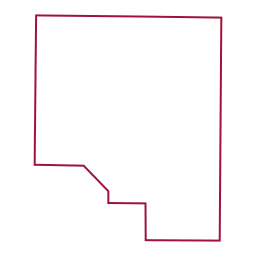 outline of Capital, La Pampa, Argentina
{"feature_id": "61730980B66206062383215", "entity_name": "Capital", "entity_type": "district", "adm_level": 2, "iso_a3": "ARG", "parent_name": "Argentina", "parent_adm1": "La Pampa", "projection": "albers", "projection_center": [-64.236, -36.533], "detail": "fine", "context": "isolated", "style": "outline", "palette": "rose", "viewbox_px": 256, "rotation_deg": 0, "n_neighbors": 0, "source": "geoboundaries", "source_scale": "gbopen_adm2", "svg_char_len": 495}
<svg xmlns="http://www.w3.org/2000/svg" viewBox="0 0 256 256"><path d="M36.2,15.4L36.1,16.3L35.9,38.7L35.5,74.2L35.5,77.7L35.2,109.1L35.0,130.7L34.9,135.2L34.7,164.8L37.5,164.8L83.8,165.7L84.1,166.1L94.0,176.4L94.2,176.5L108.3,191.2L108.4,193.1L108.3,203.0L109.6,203.0L145.5,203.4L145.5,203.8L145.7,240.2L145.8,240.2L147.0,240.2L184.4,240.4L219.7,240.6L221.0,60.7L221.0,54.7L221.2,39.7L221.2,34.6L221.3,19.5L221.3,17.6L146.7,16.6L36.2,15.4Z" fill="none" stroke="#9f1239" stroke-width="2"/></svg>